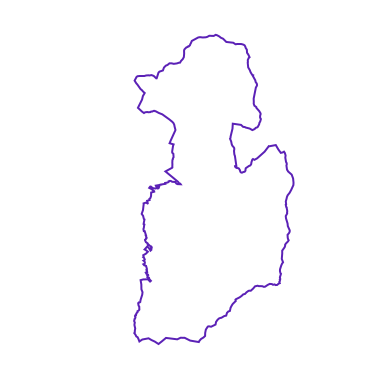 the district of Jidvei, Alba, Romania, rotated 341°
{"feature_id": "2599482B43900513786531", "entity_name": "Jidvei", "entity_type": "district", "adm_level": 2, "iso_a3": "ROU", "parent_name": "Romania", "parent_adm1": "Alba", "projection": "albers", "projection_center": [24.101, 46.229], "detail": "fine", "context": "isolated", "style": "outline", "palette": "violet", "viewbox_px": 384, "rotation_deg": 341, "n_neighbors": 0, "source": "geoboundaries", "source_scale": "gbopen_adm2", "svg_char_len": 6059}
<svg xmlns="http://www.w3.org/2000/svg" viewBox="0 0 384 384"><g transform="rotate(341 192 192)"><path d="M245.3,306.8L245.3,305.4L246.2,304.7L246.5,303.4L246.9,303.4L247.2,302.6L247.3,301.3L249.5,298.3L249.2,297.5L249.4,295.4L250.1,293.7L252.5,290.5L253.8,289.1L255.2,288.1L255.1,284.5L257.3,279.5L258.2,276.8L261.6,274.4L262.6,273.1L262.8,272.3L263.8,271.4L266.6,270.0L267.7,269.1L267.5,268.0L267.6,266.5L268.4,263.6L270.4,262.4L271.4,261.4L271.9,260.1L271.5,255.4L272.1,252.9L272.3,247.5L272.8,245.3L275.0,243.3L275.2,242.3L275.6,241.7L276.0,240.3L276.3,238.1L276.5,237.6L276.5,237.3L276.2,236.9L276.5,234.5L277.0,234.3L277.6,231.5L279.5,228.7L280.0,227.8L281.3,226.3L284.1,224.5L286.5,222.3L290.1,218.5L291.0,216.3L292.0,212.1L291.9,208.0L289.5,203.8L289.4,202.7L289.1,201.9L289.9,197.7L290.5,196.9L290.9,195.6L290.7,194.1L291.4,189.9L292.4,187.9L292.5,185.2L292.1,183.8L290.7,184.1L288.7,183.9L287.5,179.9L286.5,174.9L279.7,173.9L279.5,173.7L273.8,177.5L264.5,181.4L261.5,181.9L260.4,180.7L259.6,181.0L257.9,183.2L257.1,184.8L256.5,185.4L255.2,186.0L254.4,185.9L250.6,187.0L250.1,187.7L249.7,188.8L249.3,189.4L248.3,190.0L247.1,189.8L245.8,190.0L245.1,189.8L244.5,189.2L244.3,188.4L244.4,187.0L244.0,185.1L243.2,184.3L242.3,184.0L241.5,183.2L241.0,182.1L241.1,181.6L242.4,181.9L244.3,172.0L244.3,170.2L245.1,166.8L245.8,165.6L246.2,164.3L246.0,163.3L245.2,161.3L245.1,159.8L245.5,156.9L245.3,154.0L246.0,153.4L246.5,152.2L250.9,145.3L252.8,140.7L260.2,144.5L261.6,147.1L263.0,147.7L263.7,148.5L267.2,150.8L269.2,153.1L270.8,153.0L272.1,152.7L273.1,152.1L274.7,152.1L275.3,151.9L277.5,149.9L278.3,148.5L279.4,147.6L280.8,145.6L280.9,145.3L280.6,144.0L280.8,143.2L281.3,142.0L282.3,140.6L282.4,139.9L281.9,137.4L280.3,133.5L280.4,132.6L279.1,130.7L279.1,128.6L279.7,127.1L280.7,123.8L286.4,114.0L287.7,112.9L288.3,112.1L288.5,111.1L288.5,110.4L288.0,108.7L288.2,107.0L287.3,101.9L287.8,101.5L287.0,100.7L286.4,97.9L286.3,95.4L285.7,92.5L286.8,87.8L287.1,87.5L287.7,85.4L289.3,83.7L290.3,83.3L289.9,79.9L289.6,79.3L289.4,78.2L290.2,75.2L289.7,73.5L289.7,71.7L289.5,70.5L288.7,69.5L286.9,68.2L282.8,66.7L281.5,66.6L281.1,66.3L279.6,64.3L273.3,61.3L271.3,57.2L269.4,55.4L268.6,54.0L266.8,52.0L265.6,51.1L263.3,51.5L259.2,49.9L257.0,50.3L255.4,50.2L252.5,49.4L250.0,48.2L248.2,47.9L241.0,49.1L239.4,50.9L238.4,51.8L237.8,52.6L236.3,53.3L235.9,53.0L234.9,53.5L233.9,53.4L231.6,54.5L231.0,55.0L230.5,55.8L229.6,58.7L228.2,61.8L226.6,63.3L224.3,64.5L222.8,65.8L221.6,65.5L219.6,65.5L216.5,64.9L214.6,63.7L212.6,63.0L210.2,63.9L208.4,64.0L206.0,65.2L204.1,67.6L200.4,67.6L199.2,68.2L195.6,73.0L195.2,72.9L193.6,69.8L191.8,68.3L189.5,67.9L188.9,67.5L186.6,66.9L184.7,66.8L180.4,65.3L178.2,64.8L177.1,65.1L174.0,68.0L174.7,71.1L175.3,72.5L176.9,78.0L177.7,79.2L178.5,81.2L179.5,83.0L176.8,85.3L174.9,88.3L168.3,94.8L170.9,99.7L172.3,101.7L173.4,101.4L174.3,101.5L175.7,101.8L176.7,102.4L178.7,102.9L179.6,102.6L180.6,103.0L182.2,102.8L183.1,103.1L183.4,103.6L183.9,103.8L186.4,106.5L189.2,108.9L194.0,115.7L196.2,119.2L196.9,120.8L197.1,122.6L196.8,124.8L196.6,127.6L196.4,128.2L188.7,136.3L186.7,138.6L190.1,141.0L189.1,142.2L186.5,147.1L186.1,148.4L186.8,149.8L185.9,153.1L185.0,153.9L184.6,154.5L184.5,154.9L183.9,155.4L182.8,158.2L182.6,159.1L181.6,161.7L181.6,162.1L181.2,162.6L173.6,163.9L182.1,177.8L182.7,179.7L183.6,180.3L183.8,181.0L180.8,179.8L180.0,179.0L179.3,177.0L176.6,175.9L175.6,174.7L174.8,174.3L173.4,174.3L173.3,174.8L172.1,175.1L169.6,174.7L169.5,175.6L165.0,174.8L165.0,175.0L159.9,174.2L160.0,175.1L160.5,175.7L161.6,175.8L162.5,175.6L162.8,176.1L161.8,177.4L161.2,177.6L160.7,177.5L160.4,176.8L159.8,176.5L158.9,176.9L156.8,176.0L155.8,175.0L154.8,173.4L154.2,173.3L152.9,174.2L154.9,176.3L155.5,177.6L156.5,178.9L156.4,179.4L153.2,179.2L152.0,182.4L151.3,183.4L150.5,184.3L149.4,184.7L149.3,185.8L146.7,185.7L146.5,188.3L146.3,188.4L145.4,187.4L144.7,187.0L142.5,187.0L142.3,187.9L141.5,189.5L139.8,193.1L137.3,196.3L138.0,198.7L137.7,201.8L137.8,202.2L138.1,202.5L135.8,206.5L136.4,207.1L136.4,207.4L135.9,207.9L134.8,210.2L134.0,211.2L133.7,213.3L134.5,213.6L134.4,218.0L134.1,218.0L134.2,220.6L133.4,220.8L133.3,221.4L132.0,221.9L131.9,222.4L132.1,224.4L133.3,226.0L133.4,226.5L133.1,226.7L133.6,227.7L133.8,227.6L135.2,230.1L135.7,230.2L135.9,230.8L135.8,231.6L135.1,231.7L134.8,233.4L133.7,233.9L133.1,231.3L132.0,228.9L128.5,230.9L129.3,231.7L130.8,234.1L128.4,235.3L125.3,235.9L125.2,237.6L124.7,237.8L125.2,238.6L125.4,240.4L124.9,240.9L123.8,241.1L124.5,242.2L124.5,243.3L123.9,244.4L122.5,244.5L123.0,245.8L124.5,246.9L124.3,250.3L123.5,250.8L123.8,251.7L123.6,252.8L122.5,253.0L123.1,253.7L122.2,254.3L123.2,255.8L123.5,255.9L123.5,256.3L122.5,256.5L122.6,257.6L122.1,258.0L122.7,258.8L123.4,259.1L123.4,259.7L123.1,260.1L124.2,262.6L123.2,263.0L121.9,260.2L117.5,258.8L114.7,258.6L114.0,262.9L112.5,267.5L112.6,270.6L111.5,272.9L108.3,277.2L107.2,279.2L106.3,279.4L105.8,279.1L104.9,279.6L104.5,282.0L104.8,283.2L103.9,286.1L103.0,286.7L101.6,287.0L101.3,288.0L100.3,288.4L99.8,288.8L99.1,290.0L98.7,289.8L97.9,290.5L98.0,290.9L97.6,291.3L97.8,291.9L97.0,293.1L96.2,293.5L96.2,293.8L95.3,295.1L95.4,296.9L94.5,298.4L94.2,299.4L93.9,302.5L92.7,304.7L92.2,306.1L91.5,306.6L92.1,308.5L92.3,310.4L93.3,311.6L93.5,313.3L93.6,316.2L97.0,315.3L103.3,316.2L105.5,318.8L108.1,321.3L110.8,324.8L114.6,323.5L119.9,321.5L130.1,326.5L133.8,326.1L137.6,327.5L141.9,331.9L149.6,336.1L150.6,335.1L152.7,333.9L155.5,333.3L157.5,332.4L158.6,329.5L160.3,326.6L163.1,324.4L164.3,324.5L166.2,325.6L171.1,325.0L172.4,322.7L174.3,321.3L176.2,320.4L177.9,320.3L178.8,320.5L182.1,319.8L184.1,320.0L185.7,317.7L187.4,316.8L189.1,316.8L190.8,314.0L192.7,312.2L194.1,311.1L197.9,309.3L198.0,308.0L198.5,307.7L202.8,307.1L205.1,306.4L207.0,305.5L209.0,305.6L210.8,304.6L213.1,303.9L213.9,303.9L215.4,304.5L218.4,303.2L220.9,301.7L223.6,302.0L224.4,302.7L227.7,303.9L229.1,305.1L230.4,305.3L233.3,304.5L235.6,304.2L237.6,305.1L238.4,306.1L240.1,306.3L240.7,307.2L242.2,307.6L244.2,306.8L245.3,306.8Z" fill="none" stroke="#5b21b6" stroke-width="2"/></g></svg>